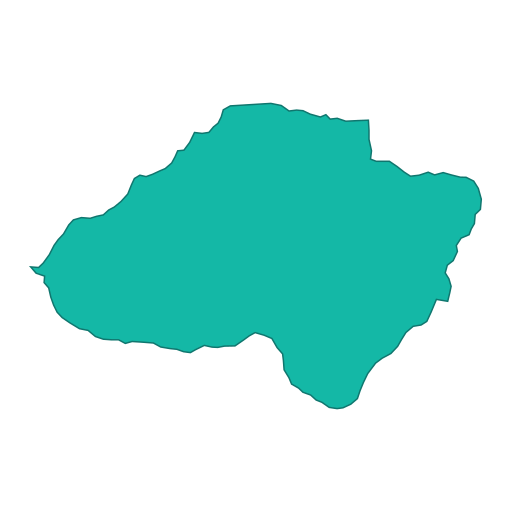 Flora Rica, São Paulo, Brazil (Albers equal-area conic projection)
{"feature_id": "56859067B38081573660902", "entity_name": "Flora Rica", "entity_type": "district", "adm_level": 2, "iso_a3": "BRA", "parent_name": "Brazil", "parent_adm1": "São Paulo", "projection": "albers", "projection_center": [-51.376, -21.702], "detail": "fine", "context": "isolated", "style": "filled", "palette": "teal", "viewbox_px": 512, "rotation_deg": 0, "n_neighbors": 0, "source": "geoboundaries", "source_scale": "gbopen_adm2", "svg_char_len": 1920}
<svg xmlns="http://www.w3.org/2000/svg" viewBox="0 0 512 512"><path d="M235.0,345.9L243.4,340.1L249.3,335.8L255.1,332.6L264.1,335.2L271.9,338.5L277.1,347.6L282.6,353.9L283.4,360.4L284.1,369.8L288.9,377.6L291.6,384.1L298.6,388.1L303.0,392.3L310.6,395.0L316.1,400.0L321.9,402.3L329.2,407.4L337.1,408.6L343.0,407.8L350.8,404.2L357.4,398.6L360.0,390.8L363.4,382.5L367.7,373.6L371.6,368.4L375.6,363.1L382.3,358.1L390.9,353.5L397.6,346.4L401.6,339.4L405.9,332.5L413.2,326.3L421.1,325.0L426.8,321.4L431.2,311.9L436.4,299.4L447.7,301.3L449.8,292.6L451.1,286.3L448.9,278.8L445.2,272.9L447.3,265.2L453.2,260.6L457.4,251.5L456.3,245.5L461.1,238.1L469.1,234.7L471.3,228.9L474.4,223.6L475.2,214.4L480.4,209.4L481.3,199.2L478.3,188.4L473.7,181.1L466.1,177.3L460.4,177.2L451.2,174.9L443.2,172.6L434.6,174.9L428.2,172.2L419.1,175.2L410.5,176.2L404.3,172.2L397.3,166.7L389.4,161.3L376.2,161.3L370.5,159.1L371.5,150.8L369.0,139.4L369.0,130.5L368.4,120.2L358.0,120.6L345.8,121.2L337.2,118.3L330.2,119.1L325.9,114.7L320.4,117.0L310.1,114.1L303.0,110.7L296.6,110.1L289.0,111.0L281.3,105.5L270.9,103.4L230.3,105.9L223.3,109.8L221.2,117.0L218.1,123.2L213.5,126.9L208.9,132.4L202.1,133.4L194.5,132.5L189.7,142.4L183.9,150.2L177.7,150.8L175.1,156.7L171.7,163.0L165.2,168.6L159.8,170.9L152.5,174.3L146.1,176.6L139.9,175.2L134.4,178.5L131.4,185.0L127.8,194.0L121.0,201.5L114.2,207.1L108.7,210.0L103.3,214.9L96.6,216.3L90.2,218.3L81.4,217.6L73.4,219.9L68.8,224.9L63.5,234.0L58.2,239.6L54.1,245.3L49.3,254.7L43.2,263.1L38.6,267.5L30.7,266.9L36.1,273.2L44.6,276.1L44.1,282.6L48.7,287.9L50.8,297.1L53.6,305.0L57.2,312.3L62.2,317.6L69.8,322.8L79.5,328.7L88.1,330.4L95.4,336.5L103.3,339.2L111.7,339.8L118.6,339.8L125.3,343.4L132.1,341.5L141.9,342.1L153.4,343.0L160.7,347.0L170.2,348.6L176.9,349.3L183.6,351.7L190.4,352.6L195.5,349.7L204.3,345.4L212.0,347.1L217.7,347.4L224.5,346.1L235.0,345.9Z" fill="#14b8a6" stroke="#0f766e" stroke-width="1.5"/></svg>